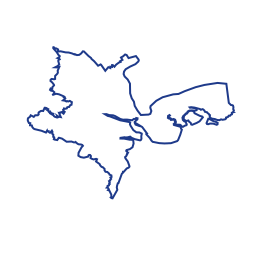 the district of Banyu Asin, Sumatera Selatan, Indonesia, rotated 102°
{"feature_id": "22746128B71070720422540", "entity_name": "Banyu Asin", "entity_type": "district", "adm_level": 2, "iso_a3": "IDN", "parent_name": "Indonesia", "parent_adm1": "Sumatera Selatan", "projection": "equal_earth", "projection_center": [104.728, -2.399], "detail": "fine", "context": "isolated", "style": "outline", "palette": "blue", "viewbox_px": 256, "rotation_deg": 102, "n_neighbors": 0, "source": "geoboundaries", "source_scale": "gbopen_adm2", "svg_char_len": 5889}
<svg xmlns="http://www.w3.org/2000/svg" viewBox="0 0 256 256"><g transform="rotate(102 128 128)"><path d="M97.4,34.3L96.2,32.3L95.1,32.1L94.8,30.7L93.8,30.3L93.0,29.2L91.5,29.6L90.7,28.2L90.6,28.6L88.7,28.1L87.7,29.0L85.7,29.2L84.3,29.9L84.0,30.4L84.1,32.1L82.5,34.6L64.3,41.0L65.3,49.8L70.0,62.2L74.0,70.3L80.2,80.2L84.2,85.7L85.7,90.8L90.7,100.5L95.5,106.0L101.9,110.5L103.6,110.4L106.5,108.7L109.5,109.1L110.6,110.7L112.6,118.1L108.9,122.4L105.0,126.0L101.0,127.7L98.2,130.5L93.7,133.1L84.2,135.3L80.6,138.4L78.3,142.0L76.1,143.5L73.6,143.6L71.0,142.5L67.5,138.7L64.0,134.0L60.9,131.8L59.8,131.5L58.8,131.9L56.0,135.2L59.5,142.0L56.9,144.5L56.7,146.1L59.0,147.8L60.5,149.5L62.5,147.6L64.3,149.6L64.9,149.0L65.9,150.5L68.5,152.8L70.9,154.0L69.6,156.0L69.8,156.7L71.6,156.3L71.7,158.0L73.0,157.8L72.6,159.9L76.8,162.1L71.8,167.4L71.5,168.0L73.3,170.2L69.7,175.0L68.0,178.1L67.2,178.7L65.8,181.6L62.3,187.0L62.4,188.1L64.8,189.3L66.6,190.9L67.3,193.1L66.9,195.0L67.2,195.0L67.2,195.8L66.7,198.2L66.5,201.7L67.0,204.7L67.0,209.8L67.7,212.4L65.7,212.7L65.1,214.6L65.2,216.2L64.4,217.4L64.5,217.8L65.3,217.8L65.9,217.2L68.6,213.5L70.9,211.3L71.9,209.7L72.9,209.9L74.2,211.3L74.3,209.9L75.0,209.1L75.9,210.1L76.9,210.2L80.2,208.5L82.1,209.8L83.8,211.9L83.5,210.1L82.6,207.9L86.5,208.7L88.5,208.1L89.6,208.4L92.2,210.1L95.2,209.5L95.7,210.4L95.9,212.9L96.8,213.7L98.1,213.6L99.2,211.6L101.0,209.5L101.6,209.2L103.9,210.5L105.5,210.2L105.8,210.7L105.5,211.9L106.9,212.2L107.5,211.0L107.4,209.2L108.3,207.5L109.7,207.5L111.5,208.9L109.6,205.7L109.4,204.5L109.4,202.4L110.4,197.4L110.8,196.6L111.3,196.9L111.4,196.1L112.1,195.5L114.5,197.3L114.4,194.9L114.7,194.6L114.8,193.6L114.3,193.2L114.5,192.0L113.6,190.6L113.8,189.8L114.3,189.0L114.4,188.3L117.0,188.1L117.7,189.3L119.6,189.9L119.7,190.5L120.4,191.8L121.5,191.9L122.2,193.2L122.2,194.7L123.3,194.7L123.6,195.2L124.7,194.8L125.4,193.3L127.4,194.0L126.7,195.6L125.9,195.6L127.1,197.9L127.7,197.8L127.7,198.5L131.3,196.0L131.3,198.5L130.8,199.8L132.1,198.8L132.5,199.5L132.2,202.0L131.7,203.0L130.2,204.2L129.6,204.1L129.4,206.2L128.7,207.0L129.5,207.0L130.1,206.5L129.8,207.4L129.4,207.5L128.6,208.9L127.5,209.3L127.6,210.1L127.3,210.7L126.1,210.1L125.4,212.4L124.5,212.4L126.3,212.7L125.8,213.8L129.0,214.5L129.1,215.7L129.5,216.8L131.2,218.5L132.0,218.7L133.3,218.2L134.3,218.9L134.8,221.4L136.7,222.5L135.8,225.8L137.8,226.4L138.8,227.6L140.0,227.9L141.7,227.5L143.7,226.0L143.6,224.6L145.7,224.4L145.5,222.6L147.1,221.7L148.2,220.2L148.5,219.2L148.7,212.0L149.5,207.3L147.4,206.6L148.1,206.2L147.7,205.2L148.1,205.2L148.9,203.3L146.4,201.9L147.4,201.1L149.3,201.0L150.0,199.7L152.2,199.3L152.4,198.3L153.0,198.0L154.4,198.2L154.6,197.4L154.5,194.7L152.0,193.7L151.9,193.2L152.1,190.3L154.2,185.2L153.0,180.5L153.3,178.2L153.0,176.3L152.7,176.2L153.9,174.1L154.2,172.8L153.9,170.5L154.1,169.2L154.8,168.4L156.5,169.4L162.5,171.2L165.4,170.8L166.3,168.3L166.2,165.0L164.3,161.1L162.9,160.9L162.4,160.4L162.3,159.4L163.2,158.4L165.1,158.5L165.6,157.3L165.9,155.1L164.8,152.8L165.0,151.8L167.4,152.3L169.2,148.2L170.3,147.5L171.5,145.8L171.6,144.5L172.9,142.4L174.2,142.2L175.5,140.9L175.3,139.1L176.5,137.0L177.5,136.3L177.8,134.4L179.3,133.9L180.1,134.9L181.3,133.9L182.5,134.7L183.1,134.5L183.9,135.5L185.3,134.5L186.0,134.9L186.6,134.3L187.0,134.7L188.1,134.7L188.8,135.9L189.5,135.7L190.7,136.3L190.6,135.3L191.6,134.3L191.9,134.1L192.9,134.6L193.0,133.3L196.6,130.5L199.0,129.9L199.5,130.4L200.0,129.6L200.0,128.5L190.7,125.6L188.5,126.6L186.8,126.7L184.2,126.5L183.9,125.9L174.0,124.5L172.9,123.7L172.0,123.8L172.0,123.2L167.8,120.8L166.7,119.2L165.7,118.6L165.1,118.6L160.8,121.3L158.2,124.2L157.1,124.8L155.9,123.9L153.3,123.2L153.6,123.6L151.9,123.4L151.3,123.8L151.0,124.8L150.4,125.0L149.9,124.8L148.3,121.8L145.9,119.6L142.0,119.3L138.5,120.5L139.1,123.8L139.2,129.8L139.9,133.2L139.2,133.3L137.7,129.3L137.8,128.6L137.2,126.4L136.0,124.1L136.9,122.3L137.5,118.9L137.6,113.6L137.2,113.0L135.8,112.6L133.2,113.3L131.0,113.3L130.6,113.4L130.0,115.9L130.5,119.0L128.9,122.4L125.3,125.9L123.9,126.9L122.1,127.0L121.9,127.5L122.1,137.3L120.4,148.3L120.4,150.3L119.3,153.5L118.9,151.9L119.3,149.1L118.7,145.2L119.0,143.1L120.8,137.3L120.9,134.7L120.0,130.9L119.6,125.6L117.9,124.2L117.5,122.3L116.5,122.1L116.5,120.7L117.6,120.6L120.5,122.7L121.3,122.4L124.1,114.3L129.3,108.4L129.6,108.9L130.3,108.8L133.2,104.7L135.5,102.4L136.4,101.0L136.3,94.2L135.5,89.0L133.9,82.8L130.6,77.2L129.4,76.5L123.8,75.5L118.4,75.0L117.6,76.0L116.4,76.5L115.9,77.2L115.5,83.6L114.6,84.1L113.5,83.2L112.8,83.2L110.8,83.9L110.3,85.1L111.2,87.7L110.2,88.6L110.2,90.2L109.8,91.1L107.8,91.3L106.7,90.1L107.1,89.6L108.0,90.5L109.5,90.6L109.6,88.4L110.5,87.0L109.7,85.2L110.1,83.6L112.1,82.4L113.8,82.4L115.0,83.0L114.0,77.9L114.2,77.1L115.1,76.0L115.5,74.6L113.9,72.9L113.1,71.4L112.2,71.3L110.0,73.0L109.7,74.5L108.7,76.0L106.6,76.9L104.7,76.4L102.9,75.0L101.9,74.6L101.1,73.4L99.5,73.1L98.2,71.6L97.5,69.2L97.1,66.2L96.3,64.6L95.0,64.6L94.6,65.5L94.9,70.6L95.3,71.5L95.0,71.9L94.5,70.6L94.2,67.1L94.5,61.5L95.0,60.5L94.1,59.1L94.2,58.3L95.1,56.8L96.1,56.2L96.2,53.9L96.7,53.5L97.5,51.8L98.2,51.3L98.4,50.5L100.2,50.4L101.4,48.4L101.2,44.9L101.6,42.4L101.3,40.1L100.2,38.8L100.3,37.2L99.3,34.8L98.3,34.0L97.4,34.3ZM111.5,65.9L108.8,61.9L106.6,59.4L102.0,57.0L101.4,57.6L101.2,60.2L99.8,65.7L99.5,66.2L98.4,66.6L97.8,68.7L98.2,70.7L99.3,72.3L101.6,73.3L102.1,74.1L104.6,75.7L106.8,75.6L107.9,75.2L108.5,73.9L109.0,73.8L108.9,72.2L108.1,70.5L109.1,69.6L109.9,67.8L111.4,66.9L111.5,65.9ZM107.7,51.5L107.6,50.3L106.6,48.7L106.0,45.4L106.4,41.9L105.8,41.2L104.3,41.4L103.8,43.0L103.4,46.4L102.2,50.5L102.3,51.4L106.9,52.2L107.7,51.5ZM138.6,128.2L138.7,123.3L138.4,122.3L137.5,123.0L137.2,123.7L138.3,128.0L138.6,128.2ZM123.1,121.3L123.7,117.4L123.7,116.9L123.1,117.6L122.0,120.9L122.2,122.0L123.1,121.3Z" fill="none" stroke="#1e3a8a" stroke-width="2"/></g></svg>